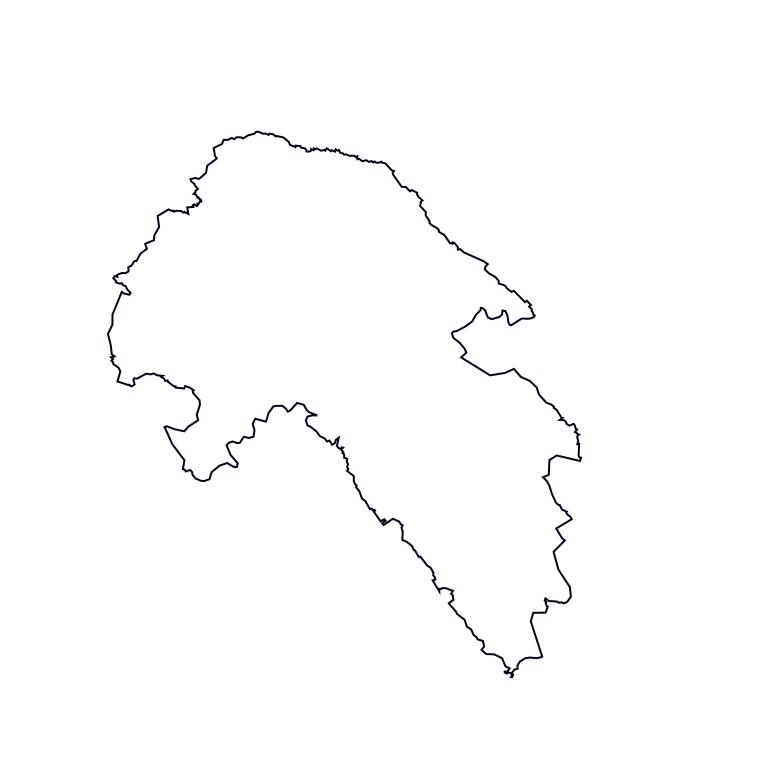 outline of Apatzingán, Michoacán, Mexico, rotated 124°
{"feature_id": "50627088B48290747904109", "entity_name": "Apatzingán", "entity_type": "district", "adm_level": 2, "iso_a3": "MEX", "parent_name": "Mexico", "parent_adm1": "Michoacán", "projection": "equal_earth", "projection_center": [-102.377, 18.969], "detail": "fine", "context": "isolated", "style": "outline", "palette": "ink", "viewbox_px": 768, "rotation_deg": 124, "n_neighbors": 0, "source": "geoboundaries", "source_scale": "gbopen_adm2", "svg_char_len": 6166}
<svg xmlns="http://www.w3.org/2000/svg" viewBox="0 0 768 768"><g transform="rotate(124 384 384)"><path d="M542.3,541.9L552.2,526.0L558.8,506.8L567.0,503.2L566.5,501.4L567.3,499.5L563.7,496.6L564.2,494.1L566.5,491.6L567.7,487.3L566.7,481.9L565.1,478.8L560.5,475.5L553.5,477.6L543.6,474.7L537.2,469.8L536.9,462.7L535.0,459.5L531.5,461.0L528.6,471.6L522.8,480.3L519.4,479.7L516.3,477.3L515.1,472.8L513.6,470.7L506.2,470.7L504.3,465.9L500.7,462.7L494.6,465.6L490.5,470.6L484.8,471.3L481.2,460.8L472.5,463.5L464.8,463.2L463.0,461.9L458.9,456.1L459.4,451.3L460.7,448.3L458.6,447.0L448.3,445.4L446.1,438.9L448.6,434.1L449.3,430.7L447.4,421.7L450.0,425.9L453.9,429.2L457.8,428.5L461.1,424.2L460.5,421.5L461.1,413.3L463.1,407.9L462.3,402.9L463.5,399.0L461.4,397.6L463.4,393.0L460.5,391.7L457.4,392.7L453.9,391.5L461.7,388.4L462.6,385.5L461.1,383.5L460.0,383.5L459.8,382.4L462.2,383.4L463.2,379.6L464.4,379.8L464.7,377.7L467.4,375.8L466.6,372.7L469.0,371.7L470.7,368.9L473.3,368.3L474.7,365.9L476.7,366.1L477.2,357.6L481.3,354.8L483.1,352.2L483.4,349.9L485.2,349.5L486.6,344.6L491.2,338.3L491.5,334.1L495.6,325.6L494.2,324.5L494.9,322.7L493.7,321.6L494.0,320.7L495.3,321.6L499.7,310.2L496.0,308.1L496.5,306.1L500.5,307.8L501.1,305.5L490.7,301.2L489.6,294.4L490.9,291.4L490.7,289.4L493.2,289.3L496.0,285.8L503.0,281.7L502.1,276.4L502.7,269.9L505.0,266.4L504.7,265.0L507.8,258.9L507.8,257.8L506.8,257.3L510.4,246.6L510.3,242.6L512.8,237.5L515.1,236.2L515.5,234.3L517.4,232.1L519.6,233.8L525.0,222.2L522.9,223.7L522.1,222.1L520.5,221.5L518.7,218.5L517.0,211.1L520.5,211.1L520.4,209.3L524.1,205.8L529.5,207.7L530.1,206.3L532.3,197.6L533.8,194.7L534.4,185.3L538.8,179.6L538.8,174.3L541.8,169.7L542.4,165.0L543.4,163.7L541.7,158.3L545.7,154.2L549.9,154.5L550.7,148.3L546.4,141.1L545.3,132.8L550.1,125.4L549.5,120.9L553.6,120.8L554.9,123.1L555.6,122.6L555.3,120.2L553.5,119.4L552.7,117.2L554.3,114.4L555.8,114.7L555.4,113.9L552.9,114.3L552.5,115.9L551.0,116.3L547.6,116.1L545.3,113.9L542.8,116.0L538.0,116.1L532.3,113.5L529.3,110.2L525.6,103.6L521.6,100.3L498.6,129.7L490.2,132.2L483.2,122.2L477.0,123.7L477.2,124.7L475.2,127.5L474.2,127.5L473.5,129.8L471.4,130.2L471.8,126.1L467.8,119.3L467.5,116.7L465.6,114.5L465.4,112.4L462.3,110.3L455.9,110.1L448.4,116.4L440.4,135.5L428.3,149.6L412.6,146.6L412.3,150.1L407.5,160.4L391.1,152.8L389.8,155.5L389.7,158.9L388.4,161.5L387.7,161.3L388.5,166.3L386.1,170.6L386.7,171.9L386.2,175.1L381.5,182.9L375.5,190.5L373.3,195.1L372.4,200.1L367.2,196.6L354.6,204.3L346.7,200.9L338.2,178.4L334.9,179.4L335.5,181.0L334.5,182.6L324.5,188.8L325.7,190.1L322.3,191.3L320.5,193.8L318.4,194.7L316.9,194.0L317.1,198.8L313.8,198.5L314.1,199.6L311.3,203.3L311.0,204.5L314.9,207.1L315.0,210.2L313.6,212.0L313.4,214.8L315.5,218.2L312.2,217.0L312.6,218.2L309.1,225.9L308.7,230.2L307.7,230.4L307.5,233.6L308.7,239.2L306.1,249.5L301.5,255.5L299.9,265.1L301.6,274.4L298.8,284.8L307.0,289.7L317.5,300.9L318.8,334.9L311.9,333.3L309.6,337.1L307.5,344.4L307.0,352.2L304.1,356.0L301.9,355.9L299.6,353.4L291.1,348.8L282.8,345.9L275.5,346.5L268.8,345.2L266.8,346.3L266.0,344.8L266.3,341.5L270.7,335.2L270.0,330.9L263.9,325.8L260.2,325.0L256.9,326.9L255.7,324.3L257.9,320.3L263.7,314.9L264.6,313.0L264.3,311.5L252.7,306.4L248.8,300.2L245.1,297.2L243.0,297.3L243.0,298.9L241.4,300.5L241.0,302.4L239.4,303.2L238.6,307.0L236.4,306.3L235.1,312.1L237.3,312.9L234.1,328.6L236.3,329.8L236.0,335.2L234.7,339.1L236.6,345.0L234.4,346.5L233.0,351.7L233.6,358.6L232.7,364.4L230.1,365.6L226.6,365.0L226.5,369.7L230.2,391.1L229.6,396.3L231.3,397.9L229.3,399.2L227.7,404.4L228.2,406.2L229.4,405.7L230.2,408.4L226.8,417.1L227.1,423.5L225.6,424.8L225.2,427.5L225.6,433.9L225.1,436.3L223.5,437.4L220.9,443.7L218.0,445.6L216.2,453.7L211.9,455.4L210.3,454.8L209.6,460.1L208.6,462.4L206.9,463.5L207.7,469.5L209.7,470.2L208.5,476.0L210.6,479.7L205.2,493.8L204.0,494.9L201.9,494.8L202.5,497.1L200.3,506.6L201.7,509.4L201.1,510.5L203.7,512.3L204.8,514.1L204.9,516.4L206.3,516.8L206.2,518.9L208.4,520.9L208.3,523.7L211.5,526.6L211.2,530.2L212.5,531.8L210.0,533.5L211.7,534.3L211.3,536.2L214.2,540.3L214.8,543.9L216.2,545.3L215.8,547.3L216.8,549.4L215.3,552.2L216.6,553.2L216.5,555.2L218.8,554.6L219.5,558.2L220.7,558.2L220.6,563.2L223.5,563.2L223.3,564.4L225.7,566.4L226.4,571.6L228.1,572.6L228.0,573.8L229.6,573.3L229.9,575.9L231.4,575.0L233.0,575.8L234.6,578.3L233.5,579.2L232.9,581.5L234.4,584.8L233.5,586.4L235.8,590.5L237.1,589.9L238.3,595.6L236.6,598.2L235.8,605.2L238.5,611.8L239.3,612.2L238.9,615.5L240.5,618.9L242.0,618.9L242.6,622.2L244.1,624.1L245.2,629.5L246.7,631.1L249.3,631.6L253.6,635.6L259.3,638.2L259.3,640.0L261.8,644.2L264.6,644.9L265.1,647.8L268.9,649.9L271.3,653.5L275.4,652.5L283.7,657.1L289.4,651.6L290.7,648.7L301.7,652.6L308.6,649.6L317.4,652.0L318.8,655.7L322.4,659.0L323.9,657.0L324.1,653.2L325.5,651.0L326.3,647.3L329.1,648.3L330.6,647.5L332.9,648.1L332.2,645.5L333.8,642.9L333.0,642.4L333.9,640.4L333.5,639.0L334.9,637.5L335.6,638.7L338.0,638.4L338.8,639.6L339.9,638.4L341.2,638.9L341.2,641.9L342.8,642.5L343.8,641.0L347.6,645.9L352.4,641.3L352.9,645.9L354.0,645.9L354.1,648.8L356.5,653.0L358.5,654.4L357.9,655.3L359.0,656.2L359.8,660.3L371.3,665.6L379.7,658.2L389.3,657.5L393.4,655.1L401.3,660.4L404.5,656.2L412.1,658.8L420.4,658.0L421.8,659.7L427.0,659.5L430.1,661.3L433.5,658.8L436.8,660.4L438.4,663.2L441.6,665.6L443.2,666.2L444.3,665.0L445.2,667.7L447.7,667.5L448.4,663.7L449.5,663.4L449.5,662.4L448.6,659.2L447.0,657.7L448.0,655.9L447.4,652.7L449.1,649.9L450.2,645.0L452.5,645.2L454.4,650.5L454.3,652.9L478.3,647.9L486.7,642.3L496.8,640.9L504.7,632.2L511.6,626.3L511.8,622.9L514.4,625.2L514.9,622.6L517.2,623.1L517.4,621.0L518.9,619.4L518.9,613.4L521.0,609.6L530.9,606.4L527.8,595.3L527.0,594.9L527.4,592.6L526.8,591.7L523.8,590.5L520.6,594.2L519.1,594.3L517.6,591.7L508.4,586.9L506.5,582.8L504.0,580.8L503.7,577.1L501.0,572.0L502.7,572.6L502.5,569.3L503.8,567.2L502.1,565.4L502.9,564.4L503.4,556.6L502.5,555.6L503.5,554.8L499.5,547.2L496.8,547.7L495.6,542.1L495.7,538.3L496.8,538.7L498.2,537.2L500.6,527.9L504.1,525.0L514.3,522.0L518.0,517.8L528.5,522.3L534.9,523.1L538.6,532.3L540.4,540.2L542.3,541.9Z" fill="none" stroke="#020617" stroke-width="2"/></g></svg>